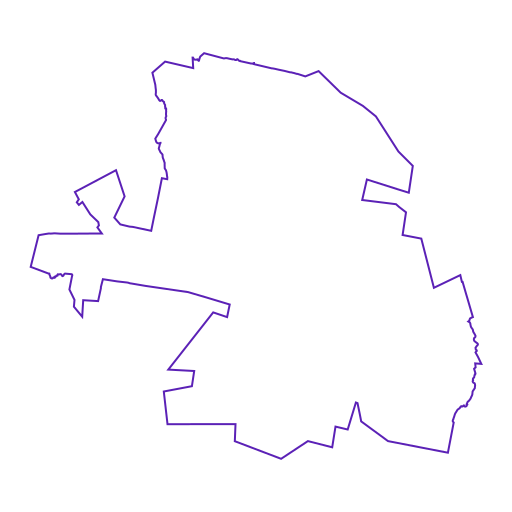 Gran Morelos, Chihuahua, Mexico (Albers equal-area conic projection)
{"feature_id": "50627088B37419828791353", "entity_name": "Gran Morelos", "entity_type": "district", "adm_level": 2, "iso_a3": "MEX", "parent_name": "Mexico", "parent_adm1": "Chihuahua", "projection": "albers", "projection_center": [-106.583, 28.304], "detail": "fine", "context": "isolated", "style": "outline", "palette": "violet", "viewbox_px": 512, "rotation_deg": 0, "n_neighbors": 0, "source": "geoboundaries", "source_scale": "gbopen_adm2", "svg_char_len": 5752}
<svg xmlns="http://www.w3.org/2000/svg" viewBox="0 0 512 512"><path d="M155.3,138.6L155.4,139.0L155.6,139.8L156.2,141.7L156.5,142.2L156.9,142.7L157.3,142.9L157.7,143.1L158.1,143.3L158.6,143.3L159.4,143.3L159.8,143.1L160.2,143.0L160.3,142.9L160.5,142.9L160.5,143.0L160.3,143.3L159.8,144.4L159.4,146.2L158.8,148.3L158.8,148.7L159.0,149.2L159.8,150.8L160.3,151.9L160.5,152.3L160.8,152.6L161.5,153.4L162.0,153.9L162.3,154.3L162.5,154.6L162.6,155.9L162.7,157.1L162.8,157.6L163.2,158.8L163.5,159.4L164.4,162.2L164.6,162.7L164.7,163.0L164.6,163.7L164.7,167.3L164.7,167.8L164.7,168.2L164.8,168.5L165.5,169.6L165.9,170.2L166.1,170.7L166.3,171.5L166.5,172.1L166.6,172.7L166.7,173.3L166.9,174.7L167.0,176.0L167.2,176.7L167.3,177.6L167.2,179.2L161.9,178.2L157.9,198.4L153.8,218.0L151.2,230.8L132.8,226.9L129.5,226.6L120.3,224.4L114.3,217.6L124.6,196.4L116.0,170.2L74.9,192.0L78.8,199.3L76.8,202.3L78.9,204.9L82.4,202.0L90.3,214.4L98.3,222.1L98.9,225.4L97.4,227.4L101.8,233.5L99.2,233.5L83.1,233.6L67.2,233.7L60.7,233.7L54.5,233.3L53.4,233.4L52.3,233.5L50.8,233.6L48.8,233.5L47.6,233.7L45.6,234.0L38.6,235.2L30.7,266.9L48.1,273.4L48.5,273.5L48.8,273.6L49.1,273.5L49.3,273.6L49.4,274.5L49.6,275.0L49.8,275.2L50.2,276.3L50.5,277.0L50.4,277.5L50.6,277.8L51.4,278.3L52.1,278.5L52.8,278.2L53.2,277.6L53.5,277.4L53.9,277.4L54.4,277.8L54.8,277.7L55.0,277.4L55.0,277.0L54.9,276.7L55.1,276.5L55.4,276.6L55.8,276.6L56.0,276.5L56.2,276.3L56.2,276.0L56.3,275.8L56.5,275.8L57.0,275.8L57.3,275.7L57.5,275.6L57.5,275.3L57.4,275.0L57.5,274.7L57.8,274.3L58.4,274.4L58.8,274.4L59.3,274.3L59.8,274.3L60.2,274.2L60.4,274.1L60.6,274.1L60.9,274.2L61.2,274.5L62.0,275.5L62.1,275.8L62.4,276.1L62.6,276.1L62.9,276.0L63.4,275.6L63.8,274.8L64.5,273.9L65.0,273.6L70.5,274.1L71.5,274.2L72.1,274.5L72.3,275.2L71.9,276.8L69.4,289.5L74.5,299.9L73.9,306.7L82.2,316.7L83.2,300.2L98.1,301.1L100.9,288.2L100.9,287.0L102.9,279.2L117.2,281.4L127.0,282.5L128.2,282.7L129.9,283.3L131.4,283.5L135.5,284.2L145.5,285.9L188.1,292.1L206.5,297.5L229.7,304.5L227.1,317.1L213.2,312.4L168.3,369.6L194.2,371.0L191.9,386.2L163.8,391.5L167.5,424.2L235.5,424.1L234.9,439.4L234.8,441.2L281.1,458.8L307.9,441.1L332.2,447.3L335.5,426.6L347.7,429.5L355.9,402.5L357.5,403.1L359.7,413.7L361.2,421.4L388.0,441.1L447.9,452.7L453.7,422.5L453.3,422.1L452.9,421.5L452.7,421.0L452.8,420.5L453.1,419.5L453.4,419.1L453.5,418.4L453.8,417.7L454.3,416.2L454.8,414.5L455.3,413.3L455.9,412.4L456.5,411.4L457.5,409.8L457.9,409.4L458.6,409.0L459.3,408.4L459.7,408.2L459.9,407.7L460.2,407.2L460.7,407.0L461.0,406.6L461.2,406.2L461.5,406.2L462.1,406.4L462.4,406.5L462.7,406.4L463.5,405.6L463.9,405.4L464.0,405.5L464.3,406.0L464.6,406.4L464.9,406.5L465.1,406.6L465.3,406.6L465.6,406.5L466.0,406.4L466.3,406.2L466.6,405.9L466.7,405.4L466.7,405.1L467.0,404.9L467.3,404.6L467.2,404.4L466.7,404.1L467.7,401.8L468.9,400.8L469.3,400.4L469.5,400.0L470.5,398.7L471.1,397.3L471.3,396.8L471.4,396.5L471.7,396.1L472.3,394.6L472.6,391.5L473.3,390.3L473.9,389.6L474.2,389.0L474.8,388.2L474.9,387.1L475.0,386.1L475.1,385.6L475.1,385.2L475.0,384.6L474.9,384.0L474.6,383.3L473.3,382.6L473.0,382.2L472.7,381.6L472.7,381.2L472.8,380.8L473.1,380.4L473.1,380.1L472.9,379.6L472.9,379.2L473.0,378.6L473.4,378.0L474.1,377.5L474.4,375.8L474.8,374.9L475.2,374.5L475.3,374.1L475.0,374.0L475.4,373.2L474.1,368.8L475.1,367.8L475.6,367.4L475.2,363.4L481.3,363.9L478.0,356.9L475.5,352.4L476.2,351.4L476.8,350.9L476.7,350.3L476.2,349.8L475.8,349.5L475.5,347.8L476.1,346.9L476.8,345.9L477.5,345.3L477.9,344.4L477.7,343.7L477.1,343.1L476.6,342.8L476.1,342.4L475.2,341.7L474.3,340.9L474.0,340.2L473.9,339.6L473.9,338.9L474.2,338.0L475.0,337.4L475.4,336.8L475.5,335.8L475.0,334.8L474.6,334.1L474.3,333.4L473.8,332.8L473.2,331.6L473.0,330.5L472.8,329.6L472.3,328.8L471.6,327.9L470.9,326.7L470.4,324.4L470.3,323.4L470.0,322.8L469.8,322.4L468.3,321.5L469.2,320.8L470.0,318.5L471.4,317.7L472.9,317.1L471.4,312.0L467.1,297.3L466.2,294.3L462.6,281.9L461.9,281.9L460.3,275.1L433.9,287.8L421.3,238.6L402.6,235.0L406.0,212.3L399.4,207.2L396.0,204.2L362.2,200.0L366.9,179.5L397.8,189.3L408.8,192.7L412.8,165.9L398.4,151.5L375.9,116.4L362.9,105.9L340.7,92.7L318.6,71.1L305.3,76.4L298.2,74.1L297.5,73.9L296.8,73.9L293.9,73.0L292.9,72.8L291.0,72.3L290.5,72.3L290.0,72.3L284.5,70.9L278.7,69.7L274.8,68.8L272.6,68.4L271.9,68.4L254.6,64.3L254.2,64.1L254.1,63.8L254.0,63.6L254.0,63.4L254.0,63.0L253.9,63.0L253.6,63.2L253.2,63.9L252.7,63.7L252.3,63.5L251.9,63.5L250.9,63.5L240.5,61.2L240.2,61.1L240.1,60.9L239.9,60.9L239.7,61.0L239.2,60.8L238.5,60.2L238.1,59.7L237.4,59.2L237.2,59.2L237.1,59.3L236.8,59.5L236.6,59.8L236.2,60.0L235.7,60.0L235.2,60.0L234.7,59.7L234.3,59.5L233.8,59.3L233.3,59.3L232.7,59.4L231.6,59.2L229.2,58.7L227.1,58.2L226.2,58.1L225.1,58.2L224.3,58.4L223.7,58.4L204.1,53.2L200.3,56.5L199.9,57.4L199.6,58.4L199.4,59.0L199.2,59.7L199.0,60.6L198.8,60.8L198.3,60.5L197.9,60.1L197.6,59.4L197.3,59.3L197.0,59.4L196.5,59.7L196.2,59.7L195.5,59.7L194.7,59.6L194.2,59.4L193.8,59.0L193.6,58.5L193.2,58.0L193.0,57.6L192.6,57.6L193.2,68.1L165.1,61.6L152.4,72.7L155.3,84.8L155.6,87.8L155.9,90.0L155.9,92.6L155.7,94.3L155.8,95.0L156.1,95.6L156.8,96.4L157.4,97.3L158.2,98.4L158.9,99.7L159.5,100.5L160.0,100.9L160.6,100.8L161.2,100.3L161.5,100.0L161.9,100.0L162.2,100.1L162.4,100.5L163.0,101.3L163.3,101.5L163.6,101.6L163.9,101.8L164.1,102.1L164.1,102.5L164.1,103.0L164.2,103.5L165.1,105.0L165.1,106.1L165.1,106.7L165.3,107.1L165.4,107.3L165.5,107.5L165.2,108.0L165.3,108.4L165.6,108.4L165.8,108.5L166.1,108.7L166.2,108.9L166.2,109.2L166.1,110.1L166.1,111.2L166.2,111.7L166.1,112.2L166.0,114.2L166.1,115.4L166.3,115.9L166.2,116.5L166.0,116.9L165.7,117.3L165.6,117.8L165.6,118.4L165.8,119.2L166.0,119.6L166.0,120.1L158.2,134.0L155.3,138.6Z" fill="none" stroke="#5b21b6" stroke-width="2"/></svg>